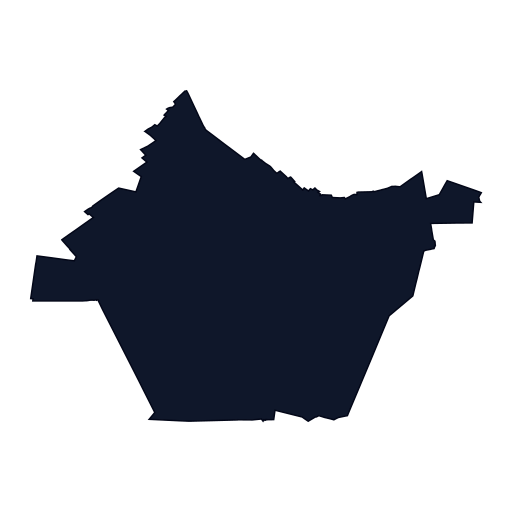 Hilvarenbeek, Noord-Brabant, Netherlands (Robinson projection)
{"feature_id": "6326949B90025582046191", "entity_name": "Hilvarenbeek", "entity_type": "district", "adm_level": 2, "iso_a3": "NLD", "parent_name": "Netherlands", "parent_adm1": "Noord-Brabant", "projection": "robinson", "projection_center": [5.159, 51.487], "detail": "fine", "context": "isolated", "style": "filled", "palette": "ink", "viewbox_px": 512, "rotation_deg": 0, "n_neighbors": 0, "source": "geoboundaries", "source_scale": "gbopen_adm2", "svg_char_len": 5419}
<svg xmlns="http://www.w3.org/2000/svg" viewBox="0 0 512 512"><path d="M32.8,300.9L44.0,300.9L83.1,300.9L83.8,300.8L84.3,300.8L85.9,300.7L86.7,300.7L88.2,300.5L89.3,300.3L89.7,300.2L90.2,300.2L90.9,300.1L91.5,300.1L92.7,300.1L93.5,300.2L94.2,300.2L94.8,300.1L95.3,300.0L95.6,299.9L95.9,299.7L96.4,300.1L96.5,300.3L96.8,300.3L97.0,300.1L97.0,299.9L97.6,299.9L97.8,299.8L97.9,299.7L98.1,299.8L98.5,300.1L98.7,300.3L98.7,300.5L98.6,300.9L98.5,301.1L102.8,310.0L108.4,321.0L132.6,368.5L139.4,381.9L144.0,391.1L154.8,412.5L149.2,419.3L180.6,420.8L180.9,420.8L188.0,421.1L191.1,421.1L210.7,420.6L237.5,419.9L237.9,419.7L238.0,419.8L240.7,419.8L252.4,419.9L261.4,419.0L263.0,421.1L263.1,420.9L263.7,420.7L263.9,420.5L263.9,420.2L263.6,419.9L263.7,419.7L264.0,419.7L264.4,419.7L265.0,420.0L265.3,420.2L265.5,420.2L265.5,419.8L265.6,419.6L265.9,419.5L266.3,419.5L266.6,419.5L266.8,419.3L266.8,419.0L266.9,419.3L266.9,419.7L273.2,419.6L273.7,419.6L275.0,410.2L299.0,416.2L302.2,417.0L304.4,418.6L308.2,421.2L313.1,418.3L315.3,417.0L316.4,416.9L317.6,416.3L318.2,416.0L318.7,415.6L321.6,416.5L324.8,417.5L326.6,417.9L329.9,418.7L331.8,419.2L333.9,419.8L334.4,419.5L336.1,418.6L337.7,417.8L338.7,417.4L340.2,417.1L344.1,416.3L345.5,416.0L347.3,415.7L347.5,415.4L348.5,412.9L358.8,388.4L360.9,383.4L361.6,381.7L371.1,359.1L389.1,315.8L412.1,296.5L412.8,295.9L415.9,283.0L416.9,279.1L418.4,272.8L418.6,271.8L419.8,267.3L422.4,256.7L423.4,252.5L423.8,251.1L425.5,250.3L426.8,250.0L430.7,249.3L430.9,249.2L431.1,249.2L431.3,249.0L434.0,248.6L434.2,248.2L434.4,247.5L434.5,246.5L434.9,246.5L435.4,245.2L435.3,244.9L434.9,242.9L435.1,242.9L434.9,241.2L433.3,239.8L432.9,237.4L431.7,230.4L431.5,228.7L430.8,224.7L430.6,223.4L431.1,223.4L443.7,223.2L450.1,223.1L456.6,223.0L472.1,222.9L473.8,201.9L480.7,202.3L479.7,201.2L478.7,197.2L479.1,196.5L479.4,195.9L479.9,195.0L480.2,194.6L481.3,192.7L479.2,191.9L473.9,190.0L456.4,183.9L447.2,180.7L444.6,185.2L443.4,187.4L439.3,194.7L426.3,198.7L422.0,173.6L421.6,171.6L421.1,172.0L420.6,172.3L419.8,172.9L416.4,175.3L414.7,176.5L412.1,178.3L410.7,179.2L400.1,186.8L397.0,186.5L395.4,186.3L393.7,186.4L392.2,186.4L391.8,186.4L390.5,187.0L387.9,188.1L387.7,188.2L386.3,188.6L385.5,188.8L385.3,188.8L385.1,188.9L384.5,189.1L382.2,189.6L380.6,190.1L377.3,190.9L376.2,191.2L375.1,191.5L374.9,191.5L374.0,191.8L373.6,191.3L373.4,191.2L372.7,191.4L372.4,191.5L372.0,191.7L371.7,191.8L358.4,192.1L357.0,192.4L357.0,193.3L356.9,194.3L356.8,194.8L356.7,194.8L356.1,194.7L355.1,194.4L354.9,194.4L354.7,194.4L353.8,194.5L353.4,194.7L352.4,195.1L350.9,195.9L350.7,196.1L350.5,196.3L345.3,198.9L344.3,197.5L340.5,197.9L340.0,197.9L332.3,197.5L331.3,195.2L322.0,194.8L321.8,195.2L321.8,195.4L320.9,195.7L320.0,195.6L320.2,195.3L320.5,195.2L320.2,194.6L320.4,194.1L318.0,192.2L318.7,191.8L319.0,191.6L319.4,191.4L316.7,189.9L315.2,188.2L314.9,188.0L314.3,188.5L312.9,189.9L310.4,188.7L308.5,191.0L304.2,187.9L304.1,188.0L303.9,188.4L303.9,188.6L303.8,188.8L303.7,188.8L303.4,189.0L303.2,189.2L303.2,189.3L303.2,189.6L303.1,189.8L302.8,189.9L302.7,190.0L302.6,189.9L298.3,186.0L293.7,181.9L294.2,181.6L294.6,181.4L294.1,180.9L292.2,178.7L290.7,177.1L290.3,177.1L287.7,178.6L287.3,177.9L286.8,177.3L286.4,176.8L280.4,171.3L280.2,171.1L279.7,171.4L279.4,171.5L278.9,171.9L277.0,173.3L276.6,173.0L276.4,173.0L273.7,170.5L273.3,170.0L272.0,168.4L270.7,166.9L270.3,166.5L270.0,166.3L269.8,166.1L269.5,165.9L266.5,164.0L265.9,163.7L261.8,160.5L261.7,160.3L261.4,160.6L261.1,160.4L261.0,160.2L260.9,160.2L258.7,158.2L256.1,155.7L255.5,155.2L254.9,154.6L254.0,153.7L253.5,153.3L251.8,155.7L250.6,157.4L250.3,157.2L244.8,159.4L231.4,149.3L223.9,143.7L212.6,135.1L207.4,131.2L206.5,130.5L205.8,129.9L205.0,128.9L204.9,128.7L204.9,128.2L204.0,126.9L203.1,125.4L201.7,122.4L199.5,117.8L199.0,116.9L197.2,112.9L193.7,105.5L188.5,94.4L187.9,93.2L187.3,92.0L187.1,91.8L186.6,90.8L185.1,91.2L184.9,91.2L184.9,91.3L184.7,91.3L184.5,91.5L183.0,92.9L181.8,94.1L179.9,95.8L178.1,97.6L175.7,99.9L175.8,99.9L173.8,101.6L175.0,103.3L175.2,103.7L175.3,104.1L175.2,104.6L175.0,104.9L172.6,107.3L172.3,107.3L170.9,107.4L170.4,107.5L169.3,107.7L168.7,108.0L168.1,108.2L167.4,108.6L166.6,109.1L168.5,110.5L167.9,111.1L167.3,111.7L166.7,112.4L165.0,114.1L164.1,115.1L166.1,116.4L164.5,117.6L162.5,120.1L162.0,120.7L160.8,122.2L159.9,123.4L159.4,123.9L158.7,124.6L158.3,125.0L157.9,125.4L157.6,125.9L157.3,126.1L155.9,125.3L154.8,124.7L152.5,126.6L152.3,126.9L152.1,126.9L151.4,127.4L151.0,127.6L150.5,127.8L149.6,128.3L149.4,128.4L148.8,128.7L148.4,128.9L147.6,129.4L146.9,129.9L146.7,130.1L146.5,130.3L146.0,130.6L145.5,130.9L145.2,131.2L144.9,131.4L145.1,131.5L147.0,132.9L148.7,134.1L149.3,134.6L150.1,135.1L151.3,136.2L152.4,137.2L153.4,138.1L156.0,140.6L147.9,146.1L140.6,149.6L145.8,155.2L142.0,157.9L146.9,162.1L133.7,171.3L141.3,176.6L140.5,178.8L137.6,187.1L136.1,191.3L135.9,191.9L119.2,188.2L118.8,188.1L118.6,188.1L109.9,194.0L100.5,200.5L95.9,203.8L95.6,204.0L93.4,205.6L92.7,206.1L92.5,206.4L92.0,207.2L91.5,207.6L90.5,208.0L89.6,208.3L88.3,209.2L88.2,209.1L84.6,211.6L88.0,214.6L89.1,213.8L93.4,217.5L90.9,219.2L80.9,226.3L75.0,230.5L74.7,230.7L70.5,233.6L61.3,240.1L61.8,239.9L65.1,243.6L65.6,244.2L67.1,245.9L68.8,247.7L70.5,249.7L70.2,249.8L76.4,256.7L74.7,260.1L74.3,260.8L66.8,259.9L52.2,257.9L37.0,255.9L36.1,262.1L35.7,264.0L30.7,298.6L33.1,298.8L32.8,300.9Z" fill="#0f172a" stroke="#020617" stroke-width="1.5"/></svg>